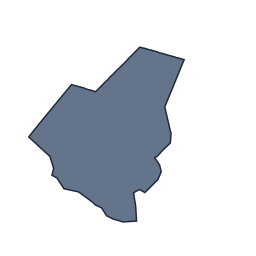 outline of Mamdi, Lac, Chad, rotated 134°
{"feature_id": "50815135B65244945482941", "entity_name": "Mamdi", "entity_type": "district", "adm_level": 2, "iso_a3": "TCD", "parent_name": "Chad", "parent_adm1": "Lac", "projection": "equal_earth", "projection_center": [14.379, 13.291], "detail": "fine", "context": "isolated", "style": "filled", "palette": "slate", "viewbox_px": 256, "rotation_deg": 134, "n_neighbors": 0, "source": "geoboundaries", "source_scale": "gbopen_adm2", "svg_char_len": 1282}
<svg xmlns="http://www.w3.org/2000/svg" viewBox="0 0 256 256"><g transform="rotate(134 128 128)"><path d="M203.4,193.2L202.7,164.3L208.7,153.4L214.8,149.9L213.3,144.4L216.2,131.9L208.3,119.2L206.0,101.8L206.1,98.1L203.8,91.5L206.0,82.6L203.9,75.6L199.0,66.3L189.0,57.2L178.7,68.4L173.6,75.3L170.5,79.0L164.3,77.1L162.7,71.0L144.2,70.7L136.4,73.7L132.7,79.5L130.8,88.0L127.7,87.3L120.1,87.6L109.4,87.1L101.9,93.4L101.1,94.9L87.3,116.2L39.8,135.1L41.3,137.8L42.2,139.5L43.4,141.8L43.7,142.0L43.9,142.1L44.1,142.7L44.3,143.5L47.5,149.3L48.1,150.5L48.6,151.3L50.3,154.6L51.2,156.2L51.9,157.3L52.7,159.4L55.0,163.8L55.4,164.4L55.8,165.4L55.9,165.5L56.3,165.9L58.3,169.7L58.7,170.4L58.7,170.5L59.0,171.3L59.7,172.2L60.5,173.5L61.1,174.7L61.5,175.4L61.9,175.7L62.6,175.7L70.1,175.8L73.6,175.8L75.7,175.9L76.5,175.9L77.6,175.9L78.8,175.8L79.0,175.8L83.3,175.7L84.9,175.8L86.0,175.8L95.9,176.2L97.4,176.1L97.5,176.1L99.0,176.1L100.8,176.1L101.3,176.3L101.9,176.4L107.5,176.2L108.2,176.1L108.4,176.1L108.7,176.1L109.5,176.4L121.4,176.4L122.8,176.5L123.1,176.6L123.4,176.6L124.4,176.5L125.4,178.5L126.7,181.1L128.2,183.7L129.1,185.5L129.6,187.1L132.2,191.8L133.2,193.6L133.6,194.3L135.6,198.1L136.0,198.8L187.0,194.8L203.4,193.2Z" fill="#64748b" stroke="#1e293b" stroke-width="1.5"/></g></svg>